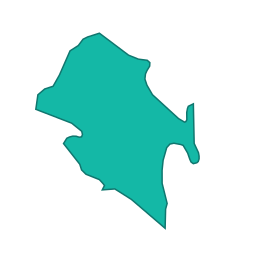 Laško, Equal Earth projection, rotated 222°
{"feature_id": "SVN-960", "entity_name": "Laško", "entity_type": "Municipality", "adm_level": 1, "iso_a3": "SVN", "parent_name": "Slovenia", "parent_adm1": "", "projection": "equal_earth", "projection_center": [15.244, 46.129], "detail": "fine", "context": "isolated", "style": "filled", "palette": "teal", "viewbox_px": 256, "rotation_deg": 222, "n_neighbors": 0, "source": "natural_earth", "source_scale": "10m", "svg_char_len": 944}
<svg xmlns="http://www.w3.org/2000/svg" viewBox="0 0 256 256"><g transform="rotate(222 128 128)"><path d="M214.4,121.5L222.7,146.6L220.1,156.0L220.8,163.9L218.9,168.7L212.7,179.3L176.3,182.5L166.4,186.1L159.0,191.2L155.5,191.2L153.3,188.5L152.3,183.3L151.2,179.9L148.2,175.7L142.6,172.5L132.1,169.1L96.7,168.8L89.9,170.2L89.3,171.4L89.8,173.5L94.8,178.9L96.9,182.4L97.7,184.5L95.6,189.7L68.5,160.8L59.1,156.8L56.4,154.7L54.5,152.6L53.4,150.1L53.6,148.2L55.6,145.2L58.4,144.9L61.3,146.2L66.9,149.3L75.4,152.0L77.8,151.0L83.7,147.4L86.1,144.1L86.1,139.3L80.3,127.5L74.3,119.3L65.6,109.7L48.4,98.1L45.8,92.9L33.3,78.3L77.7,77.2L97.0,73.9L105.7,64.8L107.0,69.5L109.4,70.0L114.7,70.5L128.3,65.5L134.5,65.8L139.6,68.8L165.5,73.3L166.6,79.4L165.5,82.1L163.6,85.0L161.0,87.2L158.1,88.5L156.6,90.4L157.5,92.7L160.2,94.6L173.1,93.9L209.0,80.2L217.2,92.4L216.0,101.3L211.6,108.9L214.4,121.5Z" fill="#14b8a6" stroke="#0f766e" stroke-width="1.5"/></g></svg>